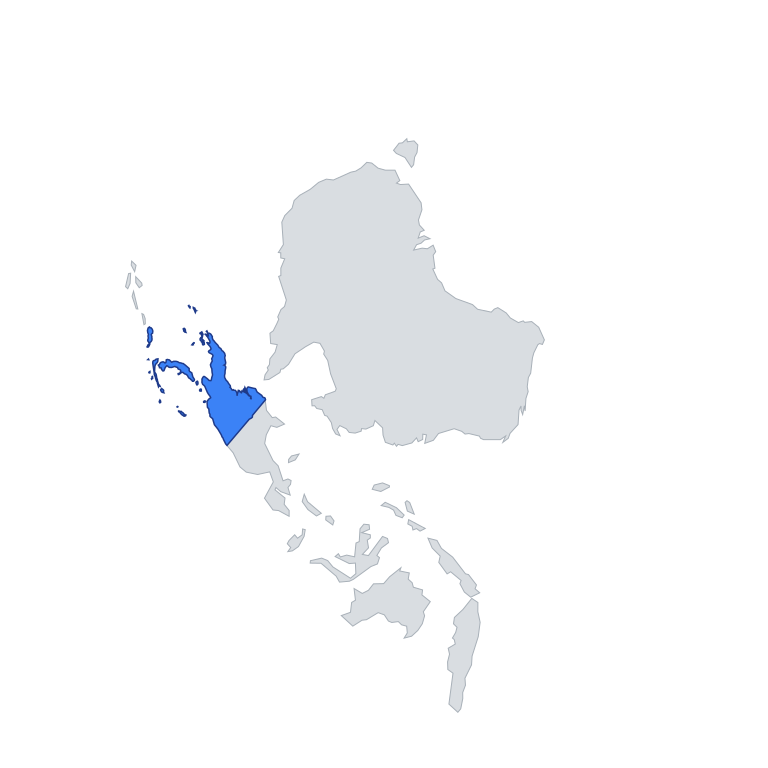 Papua New Guinea highlighted, orthographic projection, rotated 221°
{"feature_id": "PNG", "entity_name": "Papua New Guinea", "entity_type": "country or territory", "adm_level": 0, "iso_a3": "PNG", "parent_name": "Oceania", "parent_adm1": "", "projection": "orthographic", "projection_center": [148.76, -6.492], "detail": "fine", "context": "with_neighbors", "style": "filled", "palette": "blue", "viewbox_px": 768, "rotation_deg": 221, "n_neighbors": 3, "source": "natural_earth", "source_scale": "50m", "svg_char_len": 11595}
<svg xmlns="http://www.w3.org/2000/svg" viewBox="0 0 768 768"><g transform="rotate(221 384 384)"><path d="M462.5,234.6L463.6,294.4L455.4,287.0L446.3,285.3L444.1,288.0L432.8,288.5L436.4,281.0L442.0,278.3L439.5,268.4L435.0,260.8L417.5,253.4L410.2,252.8L396.7,244.7L394.2,249.3L390.8,250.2L388.7,246.9L388.6,242.9L381.9,238.6L391.3,235.0L397.6,235.0L396.8,232.6L383.9,233.0L380.4,227.7L372.6,226.3L368.8,221.9L380.6,219.3L385.1,216.1L399.3,219.4L403.3,237.5L412.6,242.7L420.0,232.8L430.2,227.1L438.2,226.9L452.7,233.1L462.5,234.6ZM323.8,296.8L325.1,301.3L320.2,308.4L313.3,310.8L312.3,309.8L315.9,300.8L323.8,296.8ZM402.2,275.4L401.2,268.5L404.5,262.0L406.5,264.6L406.6,269.0L402.2,275.4ZM264.3,181.2L259.5,189.7L265.1,197.9L263.7,202.1L272.4,210.0L263.0,211.7L260.4,218.1L260.8,226.3L253.3,233.1L253.3,242.2L250.7,256.4L249.5,253.2L241.0,258.0L237.7,252.6L232.4,252.5L228.5,249.9L219.8,253.9L217.0,249.7L206.3,250.1L204.9,237.9L201.3,235.7L197.8,228.2L196.8,220.3L197.7,211.8L202.1,205.4L203.1,211.4L208.0,216.1L212.7,213.8L217.3,214.1L221.7,209.1L225.2,208.0L232.3,210.0L238.4,207.6L242.6,194.6L245.6,191.3L248.7,180.8L264.3,181.2ZM359.0,239.3L368.6,241.6L371.9,248.5L364.5,245.0L346.5,245.3L348.4,240.1L359.0,239.3ZM337.8,249.3L331.9,247.9L330.2,244.0L338.8,243.2L341.0,246.1L337.8,249.3ZM346.6,194.4L347.1,199.4L352.2,200.0L353.0,203.6L352.5,211.6L348.1,210.9L346.8,216.5L350.3,221.2L347.9,222.4L344.4,216.7L341.9,205.2L343.7,197.9L346.6,194.4ZM294.0,207.6L313.9,207.4L322.2,200.4L323.6,202.4L316.8,211.7L310.6,213.8L302.6,212.4L281.9,215.4L280.8,222.4L288.1,230.1L292.4,225.7L307.7,221.7L307.1,226.0L303.5,224.8L299.9,230.4L292.8,234.3L300.8,245.6L299.3,248.8L307.1,259.0L307.2,265.0L302.9,268.0L299.6,264.9L303.3,257.2L295.4,261.2L293.3,258.8L294.2,255.2L288.2,250.2L288.5,241.2L283.2,244.3L285.1,268.0L280.0,269.7L276.5,267.2L278.4,258.6L276.9,249.9L273.5,250.0L270.9,243.9L274.1,237.7L279.0,216.4L280.7,212.5L287.6,205.3L294.0,207.6ZM286.8,311.4L275.8,305.6L283.0,303.4L290.4,308.5L290.1,311.0L286.8,311.4ZM294.0,295.1L299.3,294.1L306.4,290.4L305.5,295.5L293.5,298.8L282.8,298.3L282.5,295.0L288.8,292.7L294.0,295.1ZM269.4,295.1L274.2,294.0L276.4,297.8L258.1,302.0L260.3,296.6L264.6,296.2L266.4,292.8L269.4,295.1ZM195.7,283.1L196.9,286.3L210.5,286.0L211.8,282.1L225.6,285.3L228.7,291.0L240.0,291.8L249.7,296.5L241.4,300.7L232.8,297.6L218.6,298.4L198.0,294.2L195.2,295.6L182.4,293.0L180.9,289.2L174.8,289.2L178.7,280.0L186.9,279.7L195.7,283.1ZM165.7,237.2L166.9,243.5L169.3,248.3L174.2,248.6L177.7,254.0L176.5,265.6L177.1,279.8L169.8,280.7L163.8,273.7L155.1,267.2L147.1,255.1L139.0,236.4L133.7,229.5L129.9,215.1L124.9,210.1L122.2,202.8L118.2,198.3L113.0,189.2L112.9,184.7L125.0,185.0L142.2,211.0L148.5,210.4L153.7,216.0L157.3,223.1L162.2,226.7L159.6,234.5L163.3,237.2L165.7,237.2Z" fill="#d9dde1" stroke="#a8b0b8" stroke-width="1"/><path d="M652.8,307.9L655.1,311.2L649.0,310.9L645.9,305.2L652.8,307.9ZM649.2,299.8L647.9,301.4L641.6,293.3L639.9,287.8L642.9,287.9L649.2,299.8ZM641.8,302.1L633.0,301.2L631.2,299.7L631.9,296.1L637.7,297.6L641.8,302.1ZM631.6,284.9L633.9,289.7L619.0,279.1L620.3,278.2L631.6,284.9ZM604.1,271.3L612.9,278.3L611.1,278.8L607.2,276.7L603.6,272.8L604.1,271.3Z" fill="#d9dde1" stroke="#a8b0b8" stroke-width="1"/><path d="M525.9,566.1L530.1,566.6L530.6,575.6L528.3,578.1L527.7,584.1L525.3,582.1L520.8,587.2L515.3,586.6L510.9,580.3L509.8,575.4L505.5,568.9L505.4,565.5L516.8,568.7L525.9,566.1ZM362.4,501.8L350.2,508.6L349.9,512.9L348.2,516.3L338.4,517.8L332.0,516.7L322.9,518.5L320.3,523.0L318.3,522.8L313.5,528.0L304.4,528.3L291.9,522.5L290.4,517.8L293.2,516.5L293.7,514.6L291.4,505.9L289.1,501.1L280.4,488.4L279.3,483.6L274.1,475.9L270.2,472.8L267.4,466.2L259.8,456.2L263.8,459.7L259.3,451.9L263.3,454.1L266.2,457.3L265.0,452.9L256.2,441.3L256.5,429.5L254.6,424.5L256.0,417.9L258.1,424.6L259.7,418.3L272.4,407.3L275.6,406.4L277.8,407.3L287.4,402.3L290.0,399.4L294.2,399.3L301.7,396.3L310.4,382.4L309.8,373.9L314.3,365.9L318.6,373.5L321.8,371.6L318.4,367.5L320.4,362.9L324.1,364.7L324.3,357.8L329.8,349.5L333.8,347.7L333.7,345.2L337.4,346.1L337.3,343.8L344.7,340.9L351.2,344.8L356.3,350.0L366.9,350.5L364.7,345.5L368.1,338.1L371.7,335.6L370.3,333.4L373.6,328.0L378.5,324.6L383.0,325.5L390.1,323.6L389.7,318.9L383.2,316.1L387.7,314.6L393.6,316.7L398.4,320.3L405.8,322.4L408.2,321.4L413.8,324.1L418.7,321.4L422.1,322.1L424.0,320.3L428.3,324.7L423.0,333.4L420.0,333.8L421.2,337.4L416.1,346.5L416.9,349.1L430.9,356.6L442.0,364.9L449.1,367.0L450.6,369.8L459.0,372.7L464.5,369.5L467.7,360.6L471.0,348.4L469.0,336.2L470.0,329.3L471.6,327.4L470.1,324.4L473.9,311.9L477.2,308.4L479.8,312.9L480.5,318.6L482.8,319.7L483.2,323.5L486.6,328.1L487.1,336.6L490.4,343.7L496.1,340.2L503.4,347.5L502.5,351.5L504.5,359.3L505.9,363.8L508.2,364.9L510.6,372.6L509.9,377.2L512.8,383.3L534.1,396.1L533.0,398.2L537.9,403.8L541.1,413.4L544.6,411.4L548.0,415.3L550.0,413.9L551.4,423.2L567.3,439.1L569.4,446.1L568.7,456.3L572.2,463.6L571.4,471.2L567.4,482.5L565.6,493.3L561.9,500.8L556.0,504.8L548.0,522.1L545.0,526.1L543.1,532.1L542.4,540.0L538.2,542.7L530.1,543.0L523.4,546.2L516.0,552.6L505.5,547.9L506.4,543.8L502.5,545.3L496.6,551.0L474.9,545.1L469.7,540.4L465.6,530.4L461.6,527.2L454.5,526.4L456.4,522.5L453.9,516.5L451.0,522.2L444.6,523.8L447.9,519.3L448.4,514.6L450.8,510.5L449.5,504.5L444.3,511.6L440.0,514.5L438.0,521.0L431.8,517.8L431.4,513.5L421.5,504.8L422.6,502.8L412.2,498.1L406.9,498.1L399.1,494.3L385.9,495.6L369.3,502.0L362.4,501.8Z" fill="#d9dde1" stroke="#a8b0b8" stroke-width="1"/><path d="M463.1,294.4L462.7,274.1L461.6,272.6L461.7,271.4L462.6,269.0L462.2,234.7L464.1,234.9L468.7,236.8L470.1,237.6L471.4,237.8L473.5,238.9L479.8,241.0L485.3,242.0L490.4,245.3L492.1,245.4L493.2,245.3L494.2,245.5L494.6,245.8L494.8,246.3L495.6,247.0L496.6,247.3L497.5,248.0L499.8,250.2L502.0,250.6L506.0,254.6L506.2,255.2L506.3,257.8L505.8,259.9L506.8,260.5L510.0,261.2L511.8,261.8L517.6,264.6L518.4,264.8L520.7,264.8L522.5,265.8L524.0,267.7L524.6,268.2L525.1,270.3L525.0,271.4L524.7,271.7L523.8,271.9L520.6,272.1L518.4,271.9L516.9,272.9L517.0,273.8L518.3,276.0L519.1,277.9L519.7,278.7L521.5,280.1L523.9,282.5L525.9,283.4L527.6,284.6L528.3,286.7L528.7,288.7L530.6,290.0L531.2,292.2L531.8,293.3L532.6,293.6L533.6,293.6L536.4,292.9L537.3,293.1L537.8,293.4L537.9,294.4L537.5,295.5L537.4,296.5L537.9,297.3L539.8,298.2L543.4,298.6L544.7,299.1L544.4,299.5L542.4,300.2L542.4,300.8L543.4,302.1L547.8,303.7L549.4,303.9L550.6,304.3L552.2,304.1L550.3,305.1L548.6,304.8L548.2,305.1L549.0,305.9L550.4,306.7L550.1,307.1L548.9,307.8L547.4,308.0L544.7,307.2L544.1,306.4L542.3,305.2L540.4,305.0L538.7,304.6L535.0,304.3L532.4,303.4L530.4,303.7L528.9,303.1L527.9,302.9L527.0,303.1L524.4,302.6L522.4,301.2L521.9,300.0L521.1,299.0L517.6,296.4L516.7,295.1L517.1,293.4L516.6,293.7L516.1,293.6L514.7,293.1L514.1,292.4L512.5,289.6L511.0,287.8L510.0,285.9L508.6,284.4L505.8,283.3L503.5,283.1L501.8,282.5L499.0,281.9L498.2,281.3L498.0,280.4L497.1,280.5L494.7,279.8L494.2,280.1L494.0,280.8L493.3,280.7L492.2,281.6L491.4,281.6L489.2,280.8L487.6,279.2L487.0,278.9L487.8,279.7L489.6,283.3L488.7,283.3L489.1,284.0L488.7,284.1L486.1,283.7L485.8,283.9L486.7,285.7L482.0,286.8L480.3,286.8L478.5,286.4L476.9,286.9L476.2,286.9L475.2,285.5L474.0,285.8L475.0,285.8L475.7,286.8L476.4,287.4L477.3,287.0L479.3,287.1L482.2,288.3L484.0,289.9L484.6,290.9L484.7,292.2L484.5,292.7L480.0,295.0L478.1,296.1L477.1,295.9L475.8,295.2L474.3,294.7L468.9,295.2L466.9,294.6L465.9,294.8L465.2,295.3L464.5,295.3L463.1,294.4ZM561.3,249.0L562.7,249.9L564.1,249.0L564.8,249.6L566.7,250.2L566.3,251.5L566.7,252.8L566.6,253.7L566.2,254.6L565.3,255.8L564.5,256.1L563.1,256.2L562.8,256.9L562.9,257.6L564.2,259.5L563.6,260.4L561.7,261.4L560.1,261.2L558.5,261.2L557.7,263.0L555.9,264.6L554.2,265.5L553.1,265.6L552.0,266.0L551.1,266.7L550.0,267.0L549.0,267.7L546.4,267.9L541.5,267.9L541.0,267.7L540.0,266.4L539.0,266.0L536.4,266.3L533.0,264.0L530.1,263.1L529.5,262.2L529.6,261.1L530.4,260.4L531.6,260.8L532.5,260.6L533.6,260.8L535.5,260.5L537.8,261.4L538.8,261.5L539.9,261.4L541.3,260.8L543.1,260.9L544.3,260.2L544.8,257.4L545.1,256.4L545.5,256.2L546.2,256.8L545.4,257.8L545.3,258.9L545.7,260.0L546.4,260.9L547.4,261.0L548.4,260.5L549.4,260.3L550.4,260.9L551.4,260.8L551.8,260.4L552.9,260.2L553.4,260.0L555.1,257.2L556.8,255.8L557.8,255.5L559.1,255.6L560.0,255.1L559.9,252.8L558.8,249.7L559.3,248.8L561.3,249.0ZM598.8,272.0L598.4,273.0L598.2,272.7L597.4,273.0L596.6,273.6L594.8,273.3L593.2,272.3L592.0,270.5L592.3,269.4L592.0,268.5L590.3,267.5L589.6,266.6L589.0,266.2L588.0,265.0L587.6,263.3L587.9,261.4L587.8,260.5L589.1,261.2L590.2,261.4L591.1,262.1L592.0,264.1L593.6,265.4L594.4,267.0L595.9,267.7L597.6,269.2L598.5,270.9L598.8,272.0ZM572.3,253.2L571.1,254.7L569.7,252.9L569.2,251.6L569.3,249.6L569.1,248.3L568.5,247.0L565.6,243.2L564.8,242.5L562.8,242.0L561.9,241.5L559.2,239.2L558.1,238.8L557.6,238.2L554.5,236.2L553.6,235.8L552.5,235.8L551.6,235.4L552.3,235.2L552.4,234.5L552.3,233.9L555.5,235.9L555.9,236.6L556.8,236.7L558.2,237.3L560.2,238.5L561.3,239.4L563.3,240.2L564.7,241.6L572.3,248.1L573.2,249.4L573.3,250.3L572.5,251.5L572.3,253.2ZM517.8,228.3L520.9,228.9L521.1,228.8L521.1,228.6L521.3,228.7L521.2,229.2L520.3,229.2L519.1,230.3L518.5,230.2L516.5,230.4L514.9,230.0L514.5,230.3L513.9,230.2L513.1,230.6L512.9,229.8L513.6,229.6L513.5,228.8L514.1,228.4L515.0,228.4L515.9,228.2L517.8,228.3ZM549.4,296.0L550.6,296.7L551.3,296.5L551.7,296.6L552.5,297.5L552.7,298.9L552.2,299.3L552.2,298.9L551.9,298.8L548.5,298.5L549.2,297.7L548.5,296.8L548.5,296.1L549.4,296.0ZM548.7,234.7L546.9,234.8L546.2,234.7L545.1,233.3L544.4,233.0L545.7,232.3L546.8,232.1L548.7,232.9L548.9,233.6L548.7,234.7ZM554.3,302.2L554.7,302.2L555.3,301.5L555.9,301.3L556.3,301.6L555.7,303.8L553.2,302.8L553.2,302.0L552.7,301.7L551.7,299.9L551.6,299.3L552.4,300.2L554.1,301.4L554.0,301.8L554.3,302.2ZM568.4,292.5L570.0,292.6L570.4,293.2L571.3,293.6L571.7,293.9L571.4,294.5L571.4,294.9L570.5,295.0L569.2,294.4L569.1,294.1L568.5,293.5L567.4,293.0L568.4,292.5ZM576.3,315.7L577.7,316.1L578.2,316.7L576.4,317.1L576.1,316.7L574.8,316.4L574.6,315.8L574.0,316.0L574.3,315.6L573.6,315.1L573.3,314.2L576.3,315.7ZM526.7,263.7L526.3,263.7L526.1,263.3L525.3,263.0L524.4,261.9L524.5,260.6L525.0,260.6L526.9,261.7L527.1,262.1L527.0,263.1L526.7,263.7ZM547.9,296.4L547.6,297.6L547.0,297.4L545.6,296.1L545.8,295.2L546.5,294.7L547.5,295.2L547.9,296.4ZM587.5,259.9L586.9,260.4L586.5,259.3L586.1,257.4L586.9,256.5L587.4,256.9L587.4,257.7L587.8,258.4L587.5,259.9ZM518.9,260.1L518.4,260.1L517.3,258.9L517.4,258.5L518.5,257.9L519.2,258.4L519.3,259.6L518.9,260.1ZM542.2,223.4L542.6,224.9L541.7,224.7L540.6,223.8L540.6,223.2L540.9,222.7L541.4,222.8L542.2,223.4ZM508.3,253.6L507.7,253.9L507.3,253.7L507.1,253.1L507.2,252.5L508.1,251.9L508.5,252.2L508.6,252.9L508.3,253.6ZM554.6,290.4L554.8,291.0L554.1,290.3L554.4,288.9L553.7,288.5L554.1,287.8L554.7,287.5L554.7,288.4L554.9,288.9L554.6,290.4ZM486.5,289.7L486.7,290.1L485.4,289.5L483.5,288.4L483.0,287.8L485.2,288.6L486.5,289.7ZM486.5,288.3L486.1,288.3L484.5,287.7L484.1,287.2L486.4,287.4L486.5,288.3ZM582.9,314.7L582.8,315.2L582.5,315.0L581.5,315.2L581.0,315.2L580.6,314.5L581.5,314.7L581.3,314.2L582.9,314.7ZM569.2,239.1L568.9,239.9L568.4,239.4L568.0,238.8L568.2,238.5L568.9,238.3L569.2,239.1ZM563.9,237.4L563.8,237.8L563.6,237.8L562.6,236.7L562.8,236.4L563.9,237.4ZM552.6,307.2L552.5,307.9L551.6,307.5L551.7,307.1L552.6,307.2ZM563.1,236.1L562.4,236.3L562.5,235.2L563.1,235.5L563.1,236.1ZM525.3,231.2L525.0,231.7L524.0,231.5L524.5,231.4L524.9,230.9L525.3,231.2ZM578.2,247.5L578.1,248.3L577.5,248.0L578.2,247.5Z" fill="#3b82f6" stroke="#1e3a8a" stroke-width="1.5"/></g></svg>